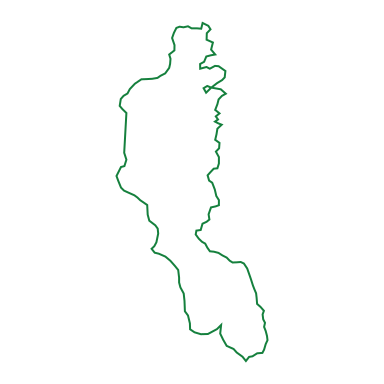 Santo Antônio do Paraíso, Paraná, Brazil (orthographic projection)
{"feature_id": "56859067B65218837854704", "entity_name": "Santo Antônio do Paraíso", "entity_type": "district", "adm_level": 2, "iso_a3": "BRA", "parent_name": "Brazil", "parent_adm1": "Paraná", "projection": "orthographic", "projection_center": [-50.621, -23.583], "detail": "fine", "context": "isolated", "style": "outline", "palette": "green", "viewbox_px": 384, "rotation_deg": 0, "n_neighbors": 0, "source": "geoboundaries", "source_scale": "gbopen_adm2", "svg_char_len": 2254}
<svg xmlns="http://www.w3.org/2000/svg" viewBox="0 0 384 384"><path d="M211.3,87.6L217.1,83.1L222.1,80.1L224.7,77.4L225.4,71.0L218.6,66.2L215.0,65.9L209.8,68.7L206.5,67.0L200.2,68.7L200.1,64.0L204.1,61.8L206.3,56.5L210.8,55.3L215.2,54.5L211.1,49.6L212.9,42.5L206.6,39.7L206.8,33.2L210.5,29.3L208.3,25.8L202.6,23.0L201.2,28.7L196.6,28.3L191.5,28.3L188.0,26.3L183.5,27.3L179.6,26.7L176.4,27.9L173.9,32.9L172.1,38.0L174.5,45.1L174.4,50.4L169.2,54.5L170.5,58.8L170.1,63.9L169.2,67.9L165.2,73.4L160.5,75.8L157.5,77.9L152.1,78.8L146.5,79.1L141.4,79.3L134.9,83.7L129.8,89.1L127.5,93.5L123.6,95.8L120.8,99.0L119.7,105.9L122.3,109.0L126.4,113.0L124.2,152.8L126.4,159.7L124.4,166.1L121.0,167.0L118.4,172.2L116.5,176.0L118.2,180.7L121.0,187.6L124.0,190.6L127.9,192.4L134.4,195.3L137.4,197.5L140.2,200.2L147.2,205.0L147.7,214.7L149.3,220.7L155.3,225.3L157.7,228.6L158.2,233.6L156.4,242.3L154.3,246.2L151.6,248.8L154.7,252.7L158.8,253.7L165.4,256.6L170.4,260.8L174.8,265.8L178.2,270.0L179.1,277.7L179.1,282.5L180.4,287.4L183.7,293.5L184.5,301.0L184.9,311.3L188.0,315.5L189.9,323.4L190.1,329.3L194.5,332.3L200.9,334.2L207.9,334.0L217.0,329.1L221.1,325.0L220.2,333.6L223.2,339.8L226.7,345.9L233.6,349.0L236.7,352.5L242.5,356.7L245.9,361.0L249.1,356.9L252.5,356.3L257.2,353.3L262.4,352.9L264.1,349.6L265.7,344.1L267.5,340.2L267.0,336.0L265.7,331.0L264.1,326.9L265.0,322.8L263.2,319.3L262.6,314.4L263.9,310.8L260.6,307.0L257.1,303.9L256.6,297.7L256.1,293.3L254.4,289.3L252.9,285.4L251.0,279.4L249.0,273.6L247.2,268.5L243.9,263.5L240.7,262.0L237.0,262.3L232.6,262.5L229.7,260.7L226.7,257.6L222.4,255.4L218.5,252.9L213.9,251.7L209.9,251.3L207.3,247.6L205.2,243.6L202.0,241.8L198.8,238.7L195.7,234.5L196.4,230.6L200.7,230.0L202.5,223.7L206.6,221.8L209.4,219.5L208.6,214.3L211.0,207.4L215.6,206.4L218.9,205.2L218.9,200.1L216.3,196.0L214.8,189.5L212.2,182.7L209.1,180.6L207.6,175.3L210.5,172.1L213.7,168.7L217.4,168.3L218.9,163.5L218.9,157.1L215.9,151.6L219.1,148.3L219.5,142.9L215.2,139.8L216.5,134.3L217.4,128.7L221.7,124.7L218.4,123.4L215.0,121.6L218.0,119.5L215.8,116.4L219.5,113.4L215.2,109.9L217.4,104.2L218.6,99.4L221.9,95.9L225.8,93.7L220.8,89.3L211.3,87.6ZM211.3,87.6L206.1,92.7L203.6,88.2L207.2,86.0L211.3,87.6Z" fill="none" stroke="#15803d" stroke-width="2"/></svg>